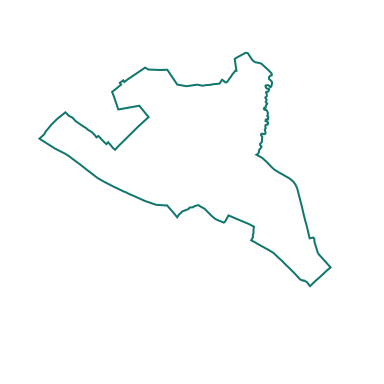 Fagge, Kano, Nigeria, rotated 337°
{"feature_id": "59680162B24316958669382", "entity_name": "Fagge", "entity_type": "district", "adm_level": 2, "iso_a3": "NGA", "parent_name": "Nigeria", "parent_adm1": "Kano", "projection": "natural_earth1", "projection_center": [8.53, 12.032], "detail": "fine", "context": "isolated", "style": "outline", "palette": "teal", "viewbox_px": 384, "rotation_deg": 337, "n_neighbors": 0, "source": "geoboundaries", "source_scale": "gbopen_adm2", "svg_char_len": 4560}
<svg xmlns="http://www.w3.org/2000/svg" viewBox="0 0 384 384"><g transform="rotate(337 192 192)"><path d="M307.9,123.6L308.3,122.9L308.6,121.7L308.4,121.0L307.9,119.8L307.7,119.3L307.3,118.6L307.1,118.2L307.1,117.7L307.4,116.9L307.8,116.5L308.2,116.1L308.8,115.9L309.2,115.6L309.9,115.6L310.3,115.7L310.6,115.7L311.0,115.7L311.3,115.2L311.6,114.2L311.3,113.1L310.0,109.8L306.0,101.0L303.6,99.0L301.1,97.4L299.7,95.6L298.9,93.3L297.6,86.0L295.8,84.8L291.7,85.2L285.2,85.8L283.3,86.2L280.3,97.8L279.2,97.3L277.9,98.1L274.8,99.7L273.1,100.9L270.3,102.5L268.9,103.5L267.3,104.4L266.4,104.5L265.5,104.1L265.0,103.2L264.4,101.7L263.5,100.4L259.8,103.0L258.7,102.7L253.7,101.1L252.6,100.8L252.3,100.7L251.5,100.7L251.3,100.7L250.3,100.4L249.5,100.1L248.6,99.7L247.8,99.5L246.6,99.1L245.7,98.9L244.6,98.6L243.3,98.3L238.7,95.2L228.3,92.5L221.4,88.0L220.4,87.4L217.2,70.6L217.0,69.8L210.7,67.4L200.0,62.4L199.7,62.2L198.4,60.4L197.4,59.2L185.7,61.5L185.0,61.6L175.9,63.4L172.7,64.3L172.4,62.4L168.2,63.3L168.7,65.5L157.5,68.7L157.5,72.6L156.4,87.2L157.5,87.5L177.2,92.0L177.5,93.0L181.3,106.1L168.7,110.5L148.8,118.4L141.0,121.5L138.1,122.9L137.7,123.1L136.3,120.2L135.7,117.9L134.7,114.8L134.3,113.4L132.3,114.3L131.9,114.5L130.4,111.2L128.2,105.1L127.8,103.9L125.4,104.4L125.2,103.7L125.0,102.5L123.3,97.8L120.6,94.2L119.6,92.0L116.6,87.7L112.6,81.3L111.0,76.8L108.5,73.9L106.6,69.2L96.6,72.0L89.0,75.0L82.7,78.3L80.8,79.2L78.6,81.1L72.4,83.3L82.7,98.3L90.2,107.2L93.0,111.3L93.3,111.8L94.8,114.5L99.4,122.3L104.7,131.9L110.4,142.0L114.5,147.5L116.7,150.2L118.8,152.7L121.1,155.5L129.4,164.9L131.4,166.8L133.6,169.6L135.1,171.0L145.1,181.8L153.3,189.2L155.0,190.3L161.5,193.6L163.8,194.6L166.5,202.8L168.5,209.5L170.2,208.3L171.7,207.4L173.3,207.1L175.1,206.1L178.3,206.2L182.2,206.3L183.6,205.4L185.0,205.8L186.7,206.4L189.1,206.0L192.8,206.6L193.9,208.4L197.0,212.3L200.8,221.8L202.7,225.5L203.7,226.9L209.3,232.6L210.7,232.3L216.5,227.8L219.8,231.3L228.1,239.9L231.3,243.1L235.5,248.1L233.8,250.8L232.9,253.1L232.3,254.2L231.2,255.2L230.4,257.5L227.6,259.6L230.6,263.2L231.5,264.6L233.8,267.6L238.0,272.9L239.5,274.8L240.6,276.3L243.2,279.9L246.0,286.4L247.5,289.5L250.1,296.0L252.7,302.2L254.6,306.9L256.1,311.0L256.5,312.3L256.6,312.6L257.5,314.9L258.6,316.0L259.6,317.1L259.9,316.9L260.6,317.2L262.7,320.2L263.3,322.8L263.9,324.8L271.4,321.9L271.6,321.8L275.9,320.5L278.3,319.6L286.2,316.7L290.1,315.6L287.9,309.1L285.0,300.8L284.3,298.9L284.1,296.8L285.2,285.9L286.3,282.9L285.9,281.4L284.1,281.0L282.2,280.6L284.1,269.5L284.5,267.0L284.7,265.4L284.7,265.0L285.6,258.9L286.6,253.0L287.4,248.6L290.2,230.0L290.2,226.9L290.0,225.1L289.4,222.4L288.0,219.3L286.9,217.4L285.7,215.8L285.3,215.3L284.2,213.9L282.0,210.9L281.3,210.0L280.7,209.3L279.0,207.1L278.3,206.0L277.6,205.1L276.4,203.3L275.6,201.5L274.9,199.9L274.1,197.8L272.2,192.9L269.9,187.9L268.5,186.2L265.9,182.9L267.4,182.7L268.7,181.9L269.7,180.8L270.3,179.4L271.5,179.0L273.0,178.0L273.6,177.6L273.7,176.9L273.2,176.3L273.2,174.9L273.6,174.2L274.4,174.0L275.3,173.6L276.1,173.0L276.8,171.3L277.2,170.3L277.8,169.5L278.2,168.8L277.8,167.0L277.8,166.3L278.0,165.9L278.6,165.6L279.5,165.7L280.0,166.0L280.3,166.7L281.2,167.0L282.1,167.0L282.6,166.7L282.9,166.1L283.1,165.0L283.2,164.1L283.4,163.0L283.8,162.7L284.4,162.3L284.9,162.0L284.9,161.0L285.1,160.2L285.5,159.7L285.7,159.3L286.4,159.0L287.3,159.4L288.0,159.4L288.7,158.8L289.1,157.8L288.7,157.0L288.0,156.0L287.4,155.4L288.3,154.1L289.2,154.3L289.7,154.5L289.9,155.0L290.3,155.0L290.5,154.5L290.9,153.7L291.4,153.2L291.6,152.5L291.5,152.1L291.0,151.7L290.9,151.3L291.3,150.9L291.8,150.5L292.4,149.6L292.8,148.6L292.7,146.4L292.4,145.6L292.0,145.0L291.3,144.9L290.7,144.2L290.6,143.6L291.1,143.2L291.5,142.7L292.1,142.8L292.5,143.0L292.9,143.0L293.2,142.4L293.5,141.7L293.8,141.3L294.5,140.9L295.2,140.5L295.6,140.1L295.8,139.9L295.7,139.7L295.3,139.1L295.1,138.6L295.0,138.2L295.1,137.7L295.4,137.5L295.8,137.3L296.3,137.0L296.6,136.5L296.8,135.9L296.7,135.0L296.5,134.6L296.3,134.1L296.4,133.7L296.7,133.5L297.0,133.4L297.8,133.3L298.3,133.0L298.7,132.1L299.1,130.7L299.0,129.9L299.1,129.2L299.5,128.9L300.0,129.0L300.7,129.2L301.5,129.3L302.3,128.5L302.8,128.0L303.2,127.4L303.0,127.0L302.6,126.7L302.0,126.5L301.4,126.2L301.2,125.8L301.0,125.1L300.9,124.6L300.9,123.9L301.0,123.3L301.2,122.9L301.8,122.8L302.4,123.1L303.0,123.0L303.6,123.2L303.9,123.7L304.5,124.3L304.7,124.9L304.8,125.5L305.0,126.0L305.3,126.2L305.6,125.9L306.1,125.8L306.5,125.5L307.0,124.7L307.5,124.1L307.9,123.6Z" fill="none" stroke="#0f766e" stroke-width="2"/></g></svg>